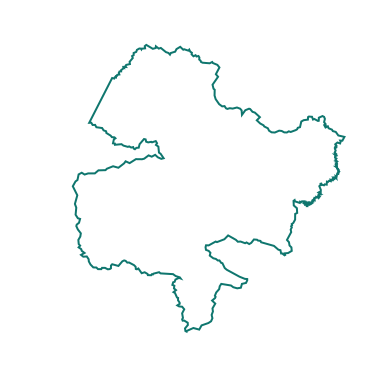 outline of Atalaya, Ucayali, Peru, rotated 297°
{"feature_id": "86281439B8185732836313", "entity_name": "Atalaya", "entity_type": "district", "adm_level": 2, "iso_a3": "PER", "parent_name": "Peru", "parent_adm1": "Ucayali", "projection": "natural_earth1", "projection_center": [-73.051, -10.43], "detail": "fine", "context": "isolated", "style": "outline", "palette": "teal", "viewbox_px": 384, "rotation_deg": 297, "n_neighbors": 0, "source": "geoboundaries", "source_scale": "gbopen_adm2", "svg_char_len": 6018}
<svg xmlns="http://www.w3.org/2000/svg" viewBox="0 0 384 384"><g transform="rotate(297 192 192)"><path d="M312.9,140.0L313.3,138.3L315.2,137.5L316.1,136.0L314.8,134.5L315.5,133.1L313.6,131.7L314.5,129.1L316.0,128.7L316.3,126.6L317.6,124.9L316.3,124.6L315.6,120.2L314.8,119.6L316.0,115.6L312.3,113.3L309.4,113.3L306.2,110.0L304.4,110.0L305.2,107.9L304.8,105.3L306.2,98.8L304.7,97.3L305.4,93.7L303.8,94.3L301.8,92.1L302.3,84.5L300.5,83.7L298.7,85.0L296.9,82.2L296.1,82.2L296.6,81.4L295.9,79.9L293.6,78.4L291.5,78.7L289.4,76.9L287.4,77.9L285.9,76.9L284.5,78.4L279.7,77.3L277.8,78.6L275.4,75.7L273.9,75.5L273.4,76.4L272.7,74.8L271.8,75.3L271.8,74.3L271.1,74.8L268.3,73.5L267.3,74.1L266.5,72.7L264.9,72.7L263.7,73.9L262.4,72.2L261.4,72.4L260.8,71.6L259.5,72.3L259.1,71.1L257.8,71.2L257.3,69.1L207.0,69.0L208.0,70.8L206.6,73.0L207.8,75.2L206.3,77.4L208.2,82.9L206.8,85.2L207.1,87.9L205.7,88.9L205.3,93.9L204.5,95.7L205.5,98.1L205.1,99.4L203.4,98.5L199.5,99.5L200.1,101.3L199.1,101.9L202.6,107.5L202.2,109.8L203.1,114.4L204.1,115.3L204.0,117.6L205.3,119.2L204.2,120.4L204.2,121.7L206.1,122.4L207.3,124.4L210.8,123.6L217.4,125.2L217.8,126.8L216.0,128.3L216.3,130.4L218.2,132.9L218.1,133.8L220.9,136.6L219.6,138.7L217.6,138.5L217.2,141.4L212.1,144.7L211.8,146.7L209.2,151.4L207.6,149.6L207.4,145.8L208.4,142.3L205.2,140.1L204.9,136.7L200.0,134.3L198.5,132.6L195.8,127.1L189.4,123.3L189.2,118.9L186.7,118.5L180.2,115.4L179.1,110.0L174.1,105.6L172.2,105.0L168.8,98.8L164.5,97.0L161.4,91.0L158.8,88.4L159.1,85.0L156.2,83.0L150.7,84.5L148.5,83.4L143.0,83.2L137.0,91.3L128.2,93.1L125.5,96.0L118.9,98.6L116.8,102.2L117.2,104.5L113.3,105.3L110.6,104.1L109.1,104.4L106.8,107.3L104.7,111.7L101.6,112.7L97.7,112.5L94.2,114.7L93.4,116.7L91.2,116.1L90.8,119.2L89.5,120.5L88.9,123.9L85.6,121.7L85.0,124.5L86.8,127.5L85.2,130.4L83.3,131.6L81.3,134.5L80.0,138.3L81.3,141.1L80.6,143.2L82.1,146.2L83.6,146.3L84.9,148.9L84.9,152.1L86.0,153.7L87.2,154.4L89.7,153.2L91.4,153.7L92.7,160.0L98.6,161.4L100.2,162.6L100.5,164.1L99.7,166.4L100.6,167.9L100.5,173.6L99.8,175.7L97.9,176.9L98.1,178.0L99.5,178.9L96.8,184.0L99.0,186.3L98.8,189.6L97.9,190.4L99.3,193.4L100.7,193.7L100.8,194.6L101.8,194.8L105.6,199.1L105.2,200.9L110.2,212.4L109.7,215.6L110.4,219.9L109.8,221.1L109.6,219.4L106.5,217.0L104.1,217.3L103.0,216.2L100.3,216.7L100.5,218.8L97.9,219.7L97.3,222.3L94.4,221.0L94.3,222.7L91.2,226.5L91.3,227.7L89.2,228.7L87.8,231.2L86.8,231.8L84.3,230.4L84.2,232.4L85.3,235.3L84.0,238.3L79.4,238.3L75.7,241.1L74.1,241.0L73.1,242.1L73.9,243.4L73.6,247.5L71.6,248.7L67.3,247.7L65.1,249.3L65.1,250.6L65.8,250.4L71.4,254.9L72.7,260.9L77.5,261.1L82.7,266.1L85.5,267.7L88.8,267.5L91.4,265.3L95.0,264.9L97.6,263.1L103.1,263.4L104.4,259.2L108.0,260.7L109.3,260.6L109.9,259.5L113.5,259.2L117.8,260.3L120.6,259.5L123.4,259.8L126.4,269.2L125.9,272.0L126.7,276.0L128.9,279.0L132.8,278.2L135.5,281.4L138.4,281.3L139.5,280.7L138.6,278.5L138.1,272.8L138.5,258.3L139.1,255.7L142.4,251.4L142.1,250.2L143.5,247.5L142.7,246.2L143.2,243.6L142.6,241.1L143.4,236.7L146.2,236.0L147.1,233.6L146.8,230.7L149.0,229.1L150.9,228.7L152.0,231.1L158.6,235.6L158.7,237.0L164.6,242.3L169.7,243.9L169.3,252.9L168.5,255.4L169.9,257.8L170.5,262.6L171.8,263.5L171.6,266.6L173.6,267.9L177.8,268.7L179.0,271.6L178.7,272.8L179.5,275.2L178.6,276.4L181.2,289.5L179.8,295.2L180.3,297.2L177.7,299.3L178.2,300.2L177.6,303.2L178.2,303.6L179.4,302.4L181.2,305.3L184.8,307.6L187.8,305.7L188.6,303.2L191.3,301.2L192.4,298.4L201.3,298.6L203.3,297.0L205.8,297.0L206.5,295.9L207.8,296.3L208.7,295.4L210.4,296.3L214.2,296.4L219.3,293.9L221.1,295.2L225.2,292.8L226.2,288.8L230.2,286.5L231.4,287.1L230.4,288.0L231.2,293.0L232.4,292.7L232.4,293.8L233.5,294.1L234.5,296.0L232.7,296.3L232.5,297.7L234.9,298.0L234.0,299.8L233.6,298.3L232.0,298.8L232.9,300.1L231.5,300.7L231.8,301.3L233.1,300.8L233.6,301.9L235.7,300.4L236.1,301.2L234.7,302.4L234.8,303.2L236.0,303.8L235.5,302.9L236.2,302.4L238.8,304.1L239.2,302.3L239.5,303.9L240.7,303.8L240.6,304.9L242.4,303.8L243.1,305.0L244.0,304.8L244.0,306.0L245.1,306.1L244.2,307.6L246.2,307.9L246.2,306.8L246.9,306.2L247.2,306.8L248.0,306.4L248.6,307.4L248.9,304.9L249.7,305.4L249.1,307.3L252.4,305.8L255.0,302.8L256.5,303.2L257.1,304.6L257.1,303.2L257.7,302.8L258.2,303.4L257.4,304.3L257.9,306.6L259.1,306.8L259.7,308.7L262.5,307.5L262.7,308.6L264.1,309.0L264.6,310.7L265.8,309.8L266.0,311.1L267.5,311.3L266.8,312.3L268.5,312.7L268.4,314.0L269.2,311.4L270.2,313.1L269.9,314.1L271.3,312.9L271.2,313.9L274.1,313.1L274.8,315.0L274.6,313.6L275.9,313.4L276.2,312.2L276.1,313.8L277.0,313.9L277.2,312.9L278.0,312.9L277.8,311.3L278.4,312.2L278.9,311.7L278.7,310.6L279.5,310.3L279.8,308.6L280.4,309.7L281.5,309.0L281.0,308.4L281.6,307.7L282.3,308.3L282.8,307.4L283.3,308.1L284.1,307.2L285.0,307.5L284.9,305.7L285.7,306.2L286.3,305.1L287.4,305.4L287.6,303.8L288.8,303.3L289.7,304.0L290.1,302.3L290.4,303.1L290.7,302.2L291.4,302.9L292.0,301.2L294.1,301.2L295.3,299.8L296.4,300.0L296.4,299.2L298.0,299.1L298.0,300.1L298.9,299.7L299.6,298.0L302.1,299.1L302.5,301.9L304.4,301.6L305.1,300.7L306.0,302.7L310.3,302.8L308.8,296.7L310.8,292.8L310.2,289.8L311.1,288.4L310.8,284.8L312.2,283.2L310.1,281.7L311.4,279.8L312.0,280.6L312.4,279.7L313.2,280.1L314.2,278.0L317.5,277.2L318.9,275.6L318.9,273.8L315.8,271.3L313.0,272.6L312.5,272.0L312.6,267.8L311.5,266.9L313.5,264.8L312.3,261.9L311.4,261.4L309.1,262.4L306.7,258.9L304.4,257.4L298.8,258.8L297.2,257.1L295.6,257.2L294.2,256.3L290.3,252.7L290.0,250.7L288.1,249.5L287.0,247.1L287.1,244.2L286.2,241.8L282.6,238.8L281.3,235.8L281.6,232.8L283.2,230.7L283.2,226.6L283.9,225.5L284.0,221.7L285.3,217.2L289.5,218.5L291.3,211.9L290.9,209.5L292.3,206.2L292.1,205.0L289.1,202.4L283.4,201.5L287.2,199.2L288.1,197.1L287.7,193.7L284.8,190.4L283.8,187.6L282.1,185.8L282.0,184.3L283.3,182.0L282.0,180.0L282.6,176.3L285.5,170.9L288.2,168.3L293.4,165.8L293.8,164.3L296.9,161.6L306.5,162.9L307.8,159.8L315.4,159.9L316.8,156.9L316.4,152.0L317.0,151.0L314.7,149.3L312.0,142.7L312.0,140.9L312.9,140.0Z" fill="none" stroke="#0f766e" stroke-width="2"/></g></svg>